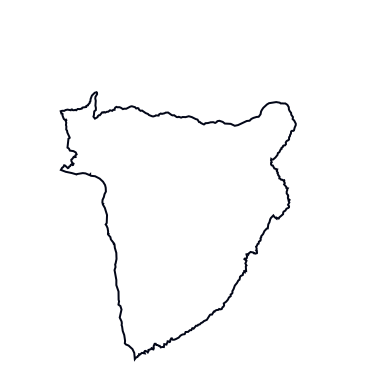 Bantaeng, Sulawesi Selatan, Indonesia, rotated 66°
{"feature_id": "22746128B71175962379658", "entity_name": "Bantaeng", "entity_type": "district", "adm_level": 2, "iso_a3": "IDN", "parent_name": "Indonesia", "parent_adm1": "Sulawesi Selatan", "projection": "albers", "projection_center": [119.991, -5.472], "detail": "fine", "context": "isolated", "style": "outline", "palette": "ink", "viewbox_px": 384, "rotation_deg": 66, "n_neighbors": 0, "source": "geoboundaries", "source_scale": "gbopen_adm2", "svg_char_len": 6028}
<svg xmlns="http://www.w3.org/2000/svg" viewBox="0 0 384 384"><g transform="rotate(66 192 192)"><path d="M168.3,69.6L166.3,70.4L164.6,69.3L161.8,69.9L160.0,69.3L158.1,69.8L156.1,69.9L153.8,69.1L151.2,69.4L149.1,70.7L147.1,75.0L146.1,75.5L144.1,78.5L142.2,85.5L142.5,87.9L144.1,92.6L145.4,94.7L146.5,96.1L148.9,97.8L150.4,100.5L149.7,102.5L149.3,105.8L149.4,108.1L150.3,110.4L149.4,113.1L149.6,122.7L148.9,126.0L145.5,128.9L142.8,134.2L140.5,135.4L138.1,138.0L137.6,140.0L138.2,141.2L138.3,142.8L136.9,144.1L135.9,146.6L135.5,149.4L134.6,151.8L135.2,153.2L135.0,153.8L132.6,155.8L131.5,156.2L131.0,157.1L128.1,157.5L126.8,159.0L123.5,161.7L121.5,164.1L121.0,167.4L119.7,170.0L119.6,171.7L117.9,173.5L117.9,174.4L117.3,175.5L114.6,177.1L114.2,178.4L113.4,179.3L109.7,181.5L108.8,183.7L108.9,185.2L108.4,187.7L107.6,188.6L107.7,190.4L108.6,191.4L107.3,193.9L107.5,194.9L107.2,196.7L106.7,197.5L104.2,200.0L102.8,200.5L101.1,202.2L97.3,204.5L96.9,206.0L95.2,206.9L93.8,206.9L93.2,207.6L93.0,209.0L91.3,209.6L89.2,212.1L88.9,213.5L89.2,218.2L88.3,220.2L88.2,221.4L86.1,222.7L85.0,223.8L84.3,225.6L83.5,226.4L83.7,227.8L84.7,229.0L85.4,229.3L84.9,230.6L85.4,231.8L84.0,233.7L84.6,235.8L84.1,237.0L84.1,239.1L83.2,239.8L83.4,240.6L82.7,241.6L84.4,245.0L84.0,245.9L84.4,247.1L85.2,247.9L85.5,250.8L83.1,251.4L81.8,250.3L78.6,248.5L78.0,246.5L76.1,245.6L73.8,245.1L69.5,242.8L67.4,242.4L65.8,241.5L64.0,238.9L62.6,238.4L62.0,238.6L61.8,240.5L63.2,244.2L65.7,246.7L68.0,248.1L68.2,248.8L69.1,249.3L70.1,251.6L70.5,251.8L70.4,253.5L71.3,254.1L70.4,257.4L70.4,258.0L71.0,258.7L70.6,260.9L69.7,262.6L70.2,264.6L69.6,265.0L69.2,266.8L68.6,267.8L67.7,268.1L67.6,268.7L68.0,269.5L66.1,272.2L65.7,274.2L65.9,275.7L65.0,277.6L64.8,279.1L67.2,279.4L67.4,278.8L68.1,278.5L69.4,279.2L73.1,279.4L74.9,278.5L74.7,277.7L75.3,277.6L76.0,278.5L77.6,278.7L79.5,279.9L81.0,280.1L83.8,281.5L85.1,281.2L87.0,281.7L92.5,281.6L92.9,281.9L93.1,283.2L100.8,287.7L102.2,286.8L104.5,286.7L106.5,283.6L108.6,282.1L110.7,282.1L111.2,283.8L112.7,284.1L112.5,285.0L111.8,285.8L113.0,287.7L113.4,289.1L114.6,289.6L116.8,289.5L117.9,288.7L118.9,289.6L118.8,290.2L117.7,290.5L117.9,291.7L118.8,292.8L118.8,293.8L119.7,295.0L119.7,295.7L116.2,297.2L115.6,297.9L116.7,299.2L117.1,300.9L118.5,302.8L122.2,299.1L125.8,294.1L129.0,290.3L128.8,289.9L130.3,284.1L131.7,281.7L134.8,278.8L134.5,277.9L135.2,278.2L136.1,277.7L138.2,274.1L142.2,270.9L146.4,269.1L150.3,268.6L153.0,269.1L156.6,270.5L158.4,272.8L160.8,274.6L162.8,276.9L165.0,278.1L166.2,278.3L166.6,277.9L167.2,278.5L171.1,278.1L178.5,279.0L185.6,282.5L186.6,284.1L187.7,283.8L190.7,283.8L194.0,284.7L195.9,285.7L196.3,285.3L196.8,285.9L200.0,284.9L202.8,285.5L202.9,286.0L202.9,285.4L203.9,285.0L207.6,284.1L208.0,284.3L207.6,284.6L208.5,284.7L208.1,284.5L208.1,284.2L208.6,284.2L211.6,285.2L216.8,285.9L222.5,288.2L226.4,291.0L226.8,291.6L229.5,292.4L231.8,294.5L241.6,296.9L246.3,299.0L253.0,299.6L260.7,302.9L262.2,303.1L265.0,305.0L267.1,303.8L270.7,304.2L277.3,309.1L281.7,309.0L283.4,309.5L285.1,310.5L286.2,310.5L290.8,311.8L295.1,312.1L299.1,313.2L300.8,313.7L302.9,314.9L304.4,314.4L306.5,312.4L311.3,310.3L315.5,310.2L321.4,312.2L320.4,310.4L320.5,308.9L319.8,308.1L319.7,307.0L318.7,306.3L319.3,305.6L318.6,303.2L320.2,300.8L318.7,300.7L318.1,299.7L318.2,299.2L319.6,297.9L320.5,297.6L319.6,296.4L318.6,296.0L318.9,293.3L318.2,292.4L318.6,291.9L319.7,291.8L320.1,291.3L319.3,290.5L317.3,289.8L315.5,287.9L315.9,286.9L317.3,286.8L317.8,285.7L319.2,284.8L319.4,284.1L321.2,283.8L321.5,282.1L322.2,280.8L319.7,279.2L321.0,277.4L320.0,276.5L319.7,275.8L318.5,275.0L319.0,274.1L319.9,273.6L319.9,273.0L318.2,271.8L317.3,270.4L317.6,269.9L318.5,270.2L319.1,269.7L319.7,268.3L319.8,266.7L319.6,263.3L318.5,260.9L318.3,258.7L318.9,256.5L317.3,254.8L318.2,252.4L317.4,250.3L317.9,248.8L316.6,247.2L316.7,246.7L317.5,246.1L315.8,242.7L316.4,241.3L315.8,240.4L316.1,238.7L315.4,237.1L315.4,235.4L314.8,233.7L314.8,230.4L311.7,225.8L311.5,225.1L312.1,223.6L310.1,220.7L310.5,220.1L310.0,219.4L309.8,217.9L310.4,215.6L309.9,214.8L310.8,213.7L311.0,212.5L309.7,211.0L309.5,209.8L308.5,208.7L306.7,208.3L306.1,205.4L304.9,202.9L303.4,201.2L302.9,199.0L301.4,198.4L301.1,196.9L300.6,196.1L299.0,195.4L297.7,193.6L294.9,190.9L293.4,187.9L291.7,185.7L291.4,184.2L289.0,182.6L288.5,181.3L288.5,179.4L287.0,178.4L286.3,176.9L285.5,176.5L285.7,176.1L286.4,176.0L285.7,175.4L286.2,174.7L282.1,173.2L281.5,172.8L281.3,172.1L279.0,172.3L277.0,170.2L274.6,171.4L274.3,170.7L275.0,169.5L274.7,168.9L273.5,168.0L271.1,167.6L271.4,166.1L272.0,165.9L271.2,165.1L270.6,162.9L272.2,160.6L273.0,160.5L273.2,159.7L274.0,159.4L274.3,157.6L273.3,157.0L272.6,157.1L272.1,156.7L271.4,157.0L271.3,156.6L269.8,155.9L268.0,155.7L267.7,154.8L266.2,153.2L266.3,152.2L264.6,151.1L264.2,149.2L263.3,148.5L262.1,148.3L261.7,147.3L260.6,146.8L259.3,144.1L257.2,141.8L255.8,138.6L256.1,137.6L252.5,135.4L251.2,133.6L248.7,131.6L247.8,130.4L246.5,127.2L248.5,126.8L250.7,125.6L250.0,125.1L251.4,123.9L251.5,123.4L250.8,122.8L249.3,117.8L248.1,117.2L247.2,116.3L247.0,114.3L245.7,112.5L245.7,110.4L245.4,109.6L244.4,109.1L242.8,109.5L241.1,107.3L239.4,107.4L238.9,106.1L238.3,106.3L237.8,107.0L236.3,106.8L235.4,106.0L234.6,106.0L234.1,105.5L231.9,106.1L230.1,105.3L229.1,104.3L228.3,104.0L227.6,103.0L226.6,104.2L225.6,103.8L222.5,104.8L221.6,103.6L219.7,103.7L219.3,103.1L218.7,103.0L218.4,104.0L217.5,104.6L217.1,105.5L215.8,106.0L215.1,106.7L213.5,105.8L211.8,106.4L211.0,106.1L209.7,106.3L209.1,105.7L207.8,106.1L207.1,105.6L206.3,105.8L205.9,105.1L204.0,107.2L200.7,107.4L200.0,108.4L198.8,108.5L197.5,107.9L197.3,107.1L195.1,106.9L194.1,106.2L194.8,105.9L195.3,104.6L194.4,101.7L192.9,98.8L191.4,97.7L191.2,96.1L189.1,93.6L189.0,92.6L188.2,92.4L187.7,90.6L187.0,90.1L186.8,89.5L187.2,88.0L186.5,86.7L184.9,86.2L184.1,85.1L183.8,83.8L183.9,83.0L183.5,82.0L181.4,81.0L181.0,80.0L179.6,79.0L179.0,78.0L177.0,76.8L176.8,75.7L177.3,74.8L177.2,73.8L174.9,72.0L173.1,70.0L171.8,69.4L168.3,69.6Z" fill="none" stroke="#020617" stroke-width="2"/></g></svg>